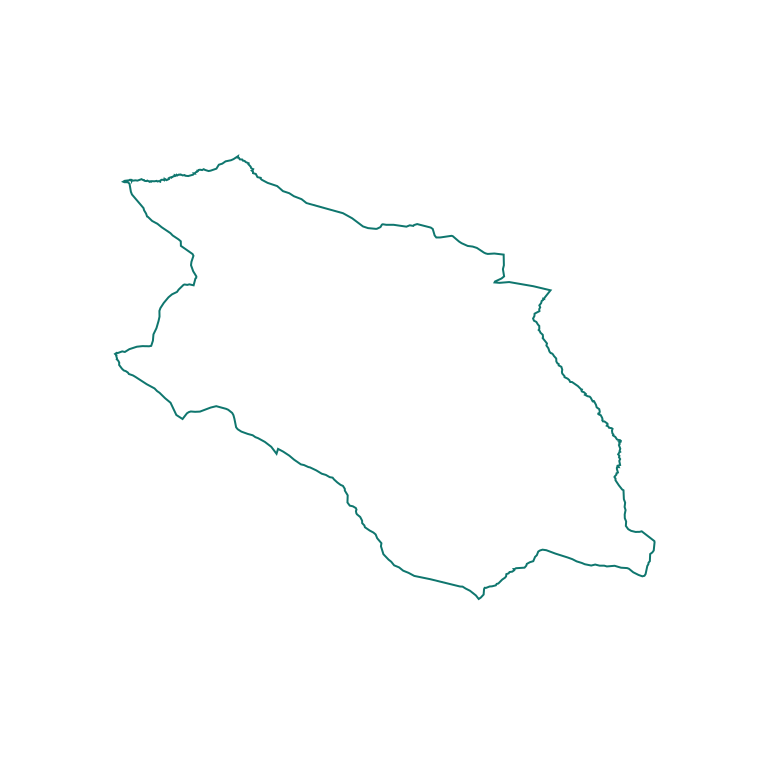 the district of Manyoni, Singida, United Republic of Tanzania, rotated 284°
{"feature_id": "72390352B73180368039512", "entity_name": "Manyoni", "entity_type": "district", "adm_level": 2, "iso_a3": "TZA", "parent_name": "United Republic of Tanzania", "parent_adm1": "Singida", "projection": "equal_earth", "projection_center": [34.654, -6.406], "detail": "fine", "context": "isolated", "style": "outline", "palette": "teal", "viewbox_px": 768, "rotation_deg": 284, "n_neighbors": 0, "source": "geoboundaries", "source_scale": "gbopen_adm2", "svg_char_len": 6148}
<svg xmlns="http://www.w3.org/2000/svg" viewBox="0 0 768 768"><g transform="rotate(284 384 384)"><path d="M567.5,192.2L567.1,189.7L568.4,188.4L568.3,187.3L569.7,187.2L565.8,183.6L564.1,181.4L561.7,176.4L558.7,173.8L556.8,170.7L552.4,169.3L549.1,164.2L548.2,162.3L548.4,158.6L548.8,157.1L547.6,155.8L547.4,153.6L546.8,152.3L545.7,152.0L545.7,151.2L544.5,151.1L544.0,150.2L542.8,149.6L542.5,148.7L542.2,149.2L542.0,148.5L540.9,148.1L538.4,143.7L538.0,140.7L538.5,140.0L537.7,138.2L538.1,136.0L537.6,135.5L537.7,134.5L536.3,132.9L536.8,132.1L535.7,131.5L536.0,130.3L535.0,130.4L534.7,129.4L533.6,128.7L533.4,127.8L532.8,127.7L532.9,127.1L532.2,125.9L531.5,125.3L530.8,125.7L529.2,123.7L529.8,122.5L528.9,121.9L529.5,121.3L528.6,121.3L528.8,120.7L528.3,118.7L527.3,117.8L526.2,117.9L526.4,116.5L525.7,115.1L526.1,114.3L525.2,112.4L524.6,109.5L524.0,109.2L524.2,108.1L523.5,107.8L524.1,105.1L523.5,104.6L523.2,103.0L523.4,102.0L523.8,101.8L523.7,100.4L524.1,99.2L521.7,95.6L521.5,93.6L520.6,91.2L520.7,90.2L520.2,90.1L520.7,89.9L520.5,89.2L520.9,89.2L520.7,88.1L520.0,87.4L518.4,83.2L517.2,82.0L517.0,83.3L517.8,86.6L516.8,88.6L509.3,91.9L506.9,93.6L496.5,108.1L494.5,109.2L491.8,111.9L489.2,113.6L489.1,114.4L486.1,119.6L484.6,125.5L482.3,130.4L478.7,140.3L477.0,143.0L474.6,149.7L473.3,152.3L468.9,153.5L463.8,166.8L462.3,168.1L456.0,167.6L452.6,168.0L447.2,171.6L443.0,175.9L441.6,176.1L440.7,175.5L433.7,175.4L433.6,171.0L432.6,169.2L432.3,166.4L431.7,165.5L425.9,161.9L423.3,160.9L419.7,156.6L416.0,153.9L409.4,150.7L403.6,148.7L400.6,148.4L395.0,149.9L390.6,150.0L383.1,149.7L376.4,148.3L370.1,149.3L364.7,148.9L363.8,147.0L362.3,140.4L360.4,135.2L356.2,128.5L352.4,124.8L352.3,122.1L349.6,118.1L349.6,117.1L348.1,115.8L347.2,117.4L346.8,117.2L344.1,118.8L343.3,118.7L342.5,120.3L340.7,121.9L338.4,122.4L335.4,126.1L334.2,128.2L334.0,130.4L333.1,132.8L332.0,134.0L331.6,138.3L330.8,141.0L326.4,153.8L324.2,162.4L322.2,165.6L321.2,168.3L317.2,175.1L314.2,181.4L303.7,190.0L301.3,197.0L307.9,199.9L309.5,201.4L310.6,203.2L311.3,207.4L312.7,212.1L319.2,221.5L321.9,226.6L321.7,236.8L321.3,239.1L319.2,243.7L317.4,245.4L314.2,247.2L306.2,251.0L304.7,253.0L303.3,257.1L302.6,263.9L302.5,269.0L301.3,272.1L301.0,274.8L299.0,282.4L295.8,289.8L290.3,296.6L295.4,296.9L294.0,302.5L291.6,309.4L288.8,315.1L285.9,322.8L286.0,326.0L285.1,330.8L285.2,332.3L283.8,339.2L281.9,345.3L281.7,349.6L280.5,353.8L280.7,356.8L279.3,358.6L277.2,362.5L275.6,366.3L275.2,368.8L272.8,371.3L271.1,371.8L267.2,375.7L260.2,377.2L257.7,380.2L257.8,383.4L256.8,386.7L255.4,387.7L253.9,387.5L251.8,388.5L251.0,389.3L249.2,393.1L246.1,395.8L243.7,396.5L242.0,399.2L240.4,400.1L238.3,405.7L237.3,409.7L236.0,412.3L232.7,414.7L228.9,420.0L225.8,420.3L218.7,424.6L214.7,430.9L213.3,434.0L210.5,437.7L209.7,443.0L207.5,447.8L206.7,453.5L205.1,459.8L205.8,476.2L205.9,506.7L206.4,509.3L205.3,512.6L204.2,517.4L201.1,524.3L198.3,527.9L200.2,529.6L203.8,531.6L209.2,530.7L210.6,531.0L210.9,532.4L213.1,535.5L213.8,537.7L215.7,541.2L217.3,541.7L218.1,543.2L222.8,546.0L225.4,548.3L226.9,549.0L229.1,548.7L230.4,550.7L231.9,551.3L233.0,553.9L234.8,555.4L235.8,554.6L236.0,555.5L237.2,556.7L239.8,564.8L242.1,566.0L244.0,566.1L246.4,568.7L248.2,571.7L252.8,572.4L254.8,573.7L258.7,574.2L260.2,575.6L261.6,577.9L262.0,581.7L260.9,591.4L260.1,604.2L259.6,609.2L258.5,613.8L258.2,619.3L257.7,622.4L258.0,629.0L259.9,632.6L259.9,637.3L261.0,641.7L260.9,644.4L263.4,651.7L263.1,658.4L264.2,664.4L264.0,666.3L261.6,671.4L260.3,677.2L259.9,681.2L260.9,683.1L262.9,683.8L271.2,683.5L273.0,684.1L274.6,683.9L276.4,684.8L283.4,683.4L285.5,685.1L287.7,686.0L296.0,684.8L297.0,684.3L303.4,669.7L302.4,667.8L301.3,663.8L301.3,659.3L302.2,656.1L304.8,653.0L309.2,652.2L312.1,650.1L315.7,649.1L320.1,648.9L322.9,647.2L327.2,646.7L330.3,644.6L338.8,642.1L339.3,640.5L342.5,636.4L346.6,631.9L348.3,631.5L349.2,630.3L349.8,630.1L352.3,631.4L353.6,631.2L354.7,632.4L357.9,630.5L359.3,630.2L359.8,630.3L360.1,631.8L361.3,630.6L362.5,632.7L366.3,630.9L368.3,631.3L369.8,629.7L371.3,629.8L372.4,628.2L374.6,628.9L375.3,629.6L375.9,628.8L378.4,628.9L381.6,626.7L382.8,627.2L383.3,626.7L384.1,626.9L384.6,626.2L385.2,627.6L386.1,627.6L386.6,626.6L386.4,624.3L386.7,623.3L388.6,621.3L389.5,618.7L390.5,618.8L391.3,617.6L393.8,616.5L395.8,616.6L396.2,615.6L396.0,612.9L397.1,611.9L397.4,610.2L399.1,610.7L399.6,610.4L401.0,607.0L400.7,605.5L401.7,604.5L402.6,604.6L404.0,603.8L406.2,601.8L406.3,600.3L406.8,599.1L407.3,599.1L408.1,600.1L409.5,600.0L411.7,598.9L412.8,596.0L415.1,594.7L418.2,591.9L418.2,591.4L417.6,591.0L417.9,590.4L420.8,587.8L421.5,586.6L421.4,584.6L422.1,581.6L423.2,582.2L424.4,580.0L424.6,577.9L425.3,577.2L426.5,577.4L426.6,576.4L428.9,572.6L431.4,566.0L431.0,564.2L432.6,562.8L433.6,560.9L434.3,557.5L435.3,557.2L437.3,554.4L438.8,553.7L441.0,553.5L443.6,551.9L444.3,549.0L445.7,548.6L446.0,547.3L447.5,545.8L450.4,544.9L452.3,542.1L453.7,540.7L454.4,539.2L454.3,538.3L455.5,536.7L458.5,534.8L460.6,532.3L462.8,532.3L467.0,526.8L467.9,527.0L470.2,526.1L471.7,523.3L472.9,522.5L473.8,521.0L474.9,521.4L477.9,520.6L478.9,519.0L481.1,516.8L481.7,514.2L483.6,512.8L486.3,513.5L488.7,513.1L492.3,517.2L494.2,516.5L496.2,517.0L497.9,515.7L500.5,516.9L502.7,516.9L504.0,518.0L505.3,517.8L505.3,518.9L506.0,518.7L515.2,522.9L515.0,505.2L513.2,480.8L510.1,471.6L509.3,466.7L510.3,466.9L514.8,472.5L517.5,474.5L524.2,471.6L528.2,471.6L538.5,468.8L537.3,459.5L535.3,453.2L535.3,451.0L535.7,449.1L538.5,441.2L538.8,436.8L538.2,431.8L539.4,425.2L540.4,422.3L544.1,414.9L544.1,413.6L539.9,403.4L538.8,399.3L540.4,397.2L546.2,393.8L547.1,391.5L547.2,377.5L545.5,374.7L544.5,374.2L544.2,370.6L542.1,367.7L540.8,354.9L539.0,347.5L538.7,344.2L538.1,343.4L535.4,342.6L533.0,339.7L532.6,338.8L531.4,330.8L531.8,325.5L537.1,313.0L539.8,302.9L540.8,265.0L543.4,259.3L544.4,251.2L546.2,245.9L546.7,239.3L550.2,232.5L551.0,222.4L552.6,216.0L553.4,214.6L554.2,214.5L554.1,211.2L556.8,208.8L556.9,205.9L558.3,205.5L558.9,204.4L559.1,204.8L560.8,205.1L560.9,203.9L561.6,202.6L562.6,202.1L564.5,199.2L565.4,199.3L565.9,196.1L566.7,194.8L566.6,193.0L567.5,192.2Z" fill="none" stroke="#0f766e" stroke-width="2"/></g></svg>